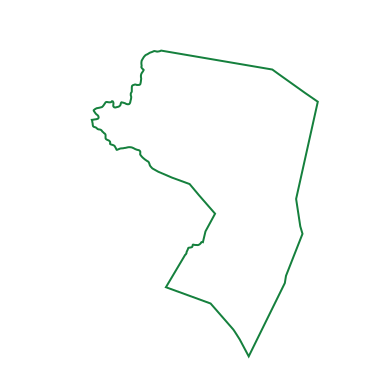 San Francisco de Ojuera, Santa Bárbara, Honduras (Robinson projection), rotated 287°
{"feature_id": "27666195B61070827999255", "entity_name": "San Francisco de Ojuera", "entity_type": "district", "adm_level": 2, "iso_a3": "HND", "parent_name": "Honduras", "parent_adm1": "Santa Bárbara", "projection": "robinson", "projection_center": [-88.219, 14.715], "detail": "fine", "context": "isolated", "style": "outline", "palette": "green", "viewbox_px": 384, "rotation_deg": 287, "n_neighbors": 0, "source": "geoboundaries", "source_scale": "gbopen_adm2", "svg_char_len": 5659}
<svg xmlns="http://www.w3.org/2000/svg" viewBox="0 0 384 384"><g transform="rotate(287 192 192)"><path d="M215.8,293.6L315.1,285.9L319.8,271.1L330.1,240.3L332.6,233.0L318.2,121.1L317.7,120.6L317.4,120.2L316.7,119.1L316.3,118.1L316.1,117.8L316.0,117.4L316.0,117.0L316.0,116.4L315.9,115.8L315.8,115.0L315.7,114.6L315.6,114.4L315.4,114.2L314.7,113.4L314.2,112.8L313.7,112.1L313.1,111.3L312.8,110.9L312.5,110.6L311.7,110.0L311.1,109.4L310.7,109.1L310.0,108.2L309.8,108.0L309.4,107.7L309.1,107.4L308.8,107.3L308.2,107.0L307.4,106.6L306.4,106.3L304.8,105.9L303.9,105.7L303.1,105.5L302.6,105.5L302.0,105.6L301.3,105.7L300.2,106.0L299.4,106.3L298.3,106.8L297.8,107.0L297.4,107.0L297.0,107.0L296.7,107.0L296.3,107.3L296.1,107.5L295.8,107.9L295.5,108.3L295.2,108.9L295.0,109.5L294.8,109.8L294.7,110.0L294.3,110.1L293.0,109.8L292.3,109.6L291.2,109.2L290.6,109.1L290.1,109.0L289.5,109.0L288.6,109.1L288.0,109.2L287.6,109.4L286.9,109.6L286.0,110.1L285.7,110.2L285.4,110.3L284.2,110.5L283.2,110.7L281.9,110.9L280.6,111.0L280.3,111.0L280.0,111.0L279.6,110.8L279.3,110.6L279.2,110.5L279.1,110.3L278.9,110.0L278.7,109.4L278.5,108.9L278.3,108.0L278.2,107.7L278.2,107.3L278.3,107.0L278.3,106.8L278.2,106.4L278.1,106.0L277.9,105.7L277.6,105.3L277.2,104.7L276.9,104.4L276.7,104.1L276.4,103.9L276.2,103.8L276.0,103.7L275.7,103.7L275.3,103.7L274.6,103.8L273.3,104.2L271.6,104.7L270.9,104.9L270.6,105.0L270.3,105.0L269.9,105.0L269.1,104.8L268.7,104.7L268.2,104.7L267.7,104.8L267.2,105.0L266.7,105.1L266.4,105.3L265.7,105.8L265.3,106.0L264.9,106.1L264.4,106.3L262.8,106.5L262.1,106.5L260.8,106.6L259.8,106.7L259.2,106.7L258.8,106.6L258.3,106.5L258.0,106.3L257.8,106.2L257.6,106.0L257.5,105.8L257.4,105.6L257.3,105.4L257.2,105.1L257.1,104.9L257.1,104.6L257.0,103.9L257.0,103.4L257.1,102.9L257.2,102.3L257.3,102.0L257.3,101.6L257.3,101.2L257.3,99.8L257.2,99.3L257.2,98.6L257.1,98.3L256.9,98.2L256.5,98.1L256.1,98.0L255.6,98.0L255.2,98.1L254.7,98.1L254.3,98.1L253.9,98.0L253.5,97.8L253.2,97.7L252.9,97.5L252.6,97.3L252.3,97.0L251.7,96.2L251.4,95.6L250.9,94.8L250.6,94.4L250.4,94.0L250.3,93.6L250.3,93.3L250.3,93.0L250.3,92.8L250.4,92.5L250.6,92.3L250.7,92.0L251.0,91.7L251.4,91.5L251.7,91.4L252.8,91.2L253.6,91.0L253.8,91.0L254.0,90.9L254.6,90.6L255.0,90.3L255.3,89.9L255.5,89.7L255.5,89.3L255.4,89.2L255.3,88.9L255.2,88.9L254.9,88.8L254.8,88.7L254.5,88.5L254.2,88.2L254.0,87.9L253.9,87.6L253.8,87.4L253.7,87.1L253.6,86.8L253.4,85.9L253.3,85.1L253.2,84.2L253.0,83.8L252.9,83.6L252.7,83.4L252.5,83.2L252.3,83.1L251.9,83.0L250.9,82.7L250.0,82.4L248.7,82.0L247.8,81.6L247.3,81.3L247.0,81.1L246.8,80.9L246.5,80.4L245.4,78.6L245.0,77.8L244.4,76.7L244.3,76.4L244.1,76.2L243.4,75.5L242.6,74.8L242.1,74.5L241.8,74.3L241.5,74.1L241.4,74.1L241.2,74.2L241.0,74.3L240.6,74.7L240.0,75.5L239.1,76.6L238.5,77.6L238.3,77.9L238.2,78.3L238.0,78.9L237.9,79.2L237.7,79.5L237.5,79.8L237.2,80.2L236.7,80.5L236.3,80.8L236.0,80.9L235.8,80.9L235.4,80.9L235.2,80.9L234.9,80.8L234.7,80.7L234.3,80.2L234.1,79.9L233.8,79.5L233.6,79.2L233.0,77.8L232.1,76.1L231.7,75.1L230.3,76.0L229.6,76.3L228.4,77.0L227.5,77.3L227.1,77.5L226.4,77.9L226.1,78.1L225.9,78.3L225.8,78.6L225.7,78.9L225.6,79.1L225.6,79.4L225.6,80.1L225.6,80.5L225.6,80.9L225.6,81.1L225.3,81.9L225.0,82.5L224.9,82.9L224.6,83.3L224.6,83.5L224.6,84.0L224.6,84.4L224.6,84.7L224.8,85.4L224.8,85.8L224.8,86.1L224.8,86.4L224.7,86.8L224.6,87.1L224.5,87.4L224.3,87.7L223.9,88.2L223.6,88.6L223.4,89.1L223.1,89.8L223.0,90.0L222.8,90.3L222.6,90.6L222.5,90.9L222.4,91.4L222.3,91.6L222.1,91.9L221.9,92.2L221.5,92.5L221.2,92.7L219.1,93.3L218.2,93.6L217.9,93.8L217.7,94.0L217.5,94.3L217.4,94.5L217.2,95.1L217.1,95.6L217.0,96.7L216.9,97.4L216.8,97.7L216.7,98.0L216.4,98.5L216.2,98.7L216.1,98.9L215.9,99.0L215.7,99.2L215.4,99.3L214.8,99.4L214.4,99.5L214.1,99.6L213.9,99.9L213.9,100.1L213.8,100.4L213.8,101.4L213.8,102.8L213.7,103.2L213.7,103.5L213.6,103.9L213.5,104.2L213.4,104.5L213.2,104.7L213.0,104.9L211.7,106.3L210.7,107.2L210.5,107.4L210.5,107.6L210.4,107.7L210.5,107.9L210.5,108.1L212.3,110.3L212.5,110.5L213.1,111.8L213.5,112.9L213.7,113.3L213.8,113.6L214.2,114.2L214.4,114.6L214.9,115.8L215.2,116.2L215.7,117.1L216.0,117.6L216.2,118.0L216.4,118.5L216.6,119.1L216.7,119.5L216.8,120.0L216.9,120.6L217.0,121.2L217.0,121.7L216.9,122.3L216.9,122.7L216.8,123.3L216.6,124.5L216.4,125.2L216.4,126.0L216.3,126.8L216.4,128.1L216.4,128.7L216.4,129.1L216.4,129.4L216.3,129.6L216.2,129.8L216.0,130.2L215.7,130.5L215.4,130.7L215.3,130.8L214.6,131.0L213.9,131.2L213.3,131.3L212.9,131.4L212.8,131.5L212.6,131.6L212.3,132.0L212.0,132.4L211.3,133.4L211.1,133.7L210.4,135.0L209.5,137.1L209.3,137.6L208.7,139.5L208.5,140.1L208.3,141.1L208.2,141.4L208.1,141.5L207.8,141.9L207.3,142.4L206.9,142.7L206.4,143.1L205.6,143.6L205.3,143.8L205.1,144.1L204.7,144.4L204.2,145.1L203.7,146.0L203.3,146.6L203.1,147.0L202.9,147.5L201.5,153.9L199.9,168.7L198.9,187.4L190.9,199.7L178.0,220.4L158.3,216.4L147.2,217.1L147.2,216.7L147.1,216.4L147.0,216.1L146.9,215.8L146.8,215.7L146.6,215.6L146.3,215.5L146.1,215.4L145.8,215.4L145.6,215.4L145.3,215.2L144.9,215.0L144.2,214.6L143.7,214.1L143.4,213.8L143.2,213.5L143.0,213.2L142.9,212.9L142.2,210.2L142.1,209.5L142.1,209.1L142.1,208.8L142.0,208.5L141.9,208.3L141.7,208.2L141.4,208.2L140.9,208.2L140.3,208.3L140.0,208.3L139.6,208.2L139.4,208.1L139.1,207.8L138.8,207.3L138.6,207.0L137.7,205.1L137.5,204.9L137.1,204.8L136.7,204.8L135.3,204.7L133.3,204.4L132.8,204.4L132.6,204.4L132.3,204.5L132.1,204.6L131.5,204.5L131.2,204.5L130.9,204.4L130.6,204.2L130.2,204.1L129.8,203.8L93.3,194.9L90.8,242.4L72.5,271.8L70.8,273.9L65.0,280.7L51.4,294.3L132.1,307.4L139.3,306.4L184.3,309.9L190.8,305.6L215.8,293.6Z" fill="none" stroke="#15803d" stroke-width="2"/></g></svg>